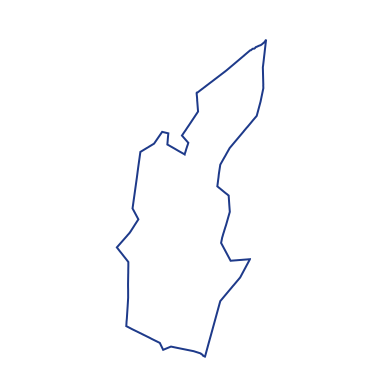 the district of Bayanxairxan, Dzavhan, Mongolia, rotated 278°
{"feature_id": "93677404B10694461963849", "entity_name": "Bayanxairxan", "entity_type": "district", "adm_level": 2, "iso_a3": "MNG", "parent_name": "Mongolia", "parent_adm1": "Dzavhan", "projection": "mercator", "projection_center": [96.395, 49.358], "detail": "fine", "context": "isolated", "style": "outline", "palette": "blue", "viewbox_px": 384, "rotation_deg": 278, "n_neighbors": 0, "source": "geoboundaries", "source_scale": "gbopen_adm2", "svg_char_len": 3145}
<svg xmlns="http://www.w3.org/2000/svg" viewBox="0 0 384 384"><g transform="rotate(278 192 192)"><path d="M224.5,135.3L215.5,135.3L212.7,135.3L209.1,135.3L198.3,135.4L194.8,135.4L194.5,135.4L193.7,135.4L193.2,135.4L191.8,135.4L191.4,135.4L191.0,135.4L190.3,135.4L189.8,135.4L185.0,135.4L184.5,135.4L182.3,135.4L181.9,135.4L178.6,135.4L178.3,135.4L174.0,135.4L173.8,135.4L173.3,135.4L172.7,135.4L167.9,135.4L167.5,135.4L167.4,135.4L167.3,135.5L166.5,136.1L157.6,142.6L157.4,142.7L156.8,142.4L151.2,139.8L150.3,139.4L149.7,139.1L149.4,139.0L146.6,137.7L146.4,137.6L146.0,137.4L145.7,137.3L144.8,136.9L144.5,136.7L144.4,136.7L144.0,136.5L143.5,136.2L143.1,136.1L142.3,135.5L141.7,135.2L141.3,134.9L140.5,134.3L140.2,134.2L127.9,126.1L126.7,125.3L126.3,125.7L122.8,129.3L122.0,130.2L119.1,133.2L114.9,137.6L114.1,138.4L113.8,138.7L109.5,139.3L105.4,139.8L104.0,140.0L102.4,140.2L101.5,140.3L101.2,140.3L100.7,140.4L91.8,141.5L89.1,141.9L86.0,142.4L78.3,143.5L69.6,144.2L57.5,145.1L55.2,145.2L54.9,145.2L50.0,145.6L49.3,147.7L47.8,151.9L41.6,170.7L41.0,172.3L40.2,174.7L39.8,175.9L38.1,181.1L31.7,185.4L36.0,192.7L35.6,198.8L34.6,215.8L33.4,222.8L33.2,223.3L33.1,223.5L32.8,223.7L32.8,223.9L32.7,224.1L32.6,224.3L32.5,224.5L32.4,224.9L32.2,225.2L32.0,225.3L31.6,225.5L31.4,225.8L31.3,226.0L31.2,226.5L31.1,226.9L30.8,227.3L30.8,227.6L30.8,227.8L45.0,229.6L48.0,230.0L52.5,230.6L66.4,232.4L85.8,234.9L87.9,235.2L104.9,245.8L105.2,246.0L105.3,246.1L114.1,251.6L133.4,258.7L133.5,258.7L129.3,239.8L145.6,227.9L150.5,228.2L151.0,228.2L152.1,228.4L152.8,228.5L153.6,228.6L155.0,228.8L157.3,229.2L158.0,229.3L158.8,229.4L159.1,229.5L159.4,229.5L159.8,229.6L160.3,229.7L160.6,229.7L163.9,230.3L177.6,232.2L185.0,230.6L193.6,228.8L193.9,228.2L194.1,227.9L194.3,227.7L195.7,225.2L201.1,216.3L209.3,216.2L210.3,216.2L213.0,216.1L213.3,216.1L213.8,216.1L214.1,216.1L215.2,216.1L223.0,216.2L229.4,218.7L229.8,218.9L230.5,219.1L231.1,219.4L233.1,220.2L233.9,220.5L235.0,220.9L235.7,221.2L240.8,223.2L259.3,234.8L259.6,234.9L259.7,235.0L263.7,237.5L263.9,237.7L270.7,241.9L271.9,242.6L272.0,242.7L276.4,245.5L291.0,247.3L304.7,248.2L307.6,247.7L308.0,247.7L325.4,244.8L325.5,244.8L325.8,244.8L326.3,244.8L326.9,244.8L331.7,244.7L331.9,244.7L335.3,244.6L339.3,244.5L339.6,244.5L342.7,244.4L342.8,244.4L351.0,244.2L352.5,244.2L353.2,244.1L352.1,243.7L350.5,242.9L349.4,241.9L348.0,240.7L346.9,239.5L346.5,238.6L346.0,237.7L345.4,236.8L345.0,236.2L344.7,235.7L344.4,235.1L344.1,234.8L343.5,234.5L343.0,234.1L342.6,233.6L342.5,233.0L342.4,232.7L342.4,232.4L342.0,231.9L341.4,231.3L340.6,230.6L340.4,229.9L336.7,226.6L327.7,218.6L317.1,209.1L290.8,183.1L290.9,182.9L290.7,182.8L290.1,182.9L286.4,183.8L284.1,184.3L283.7,184.3L282.0,184.7L272.5,186.8L256.9,179.3L255.1,178.4L252.8,177.3L252.7,177.3L250.4,176.1L246.5,174.2L243.3,177.9L243.2,178.0L240.2,181.5L237.7,181.1L237.4,181.0L232.9,180.2L232.7,180.2L231.3,180.0L229.2,179.6L228.2,179.5L228.3,179.3L230.8,172.9L232.5,168.8L235.6,161.0L238.8,160.8L239.1,160.8L242.1,160.6L246.8,160.4L247.4,154.1L235.0,147.9L234.6,147.7L234.2,147.2L225.4,136.4L224.5,135.3Z" fill="none" stroke="#1e3a8a" stroke-width="2"/></g></svg>